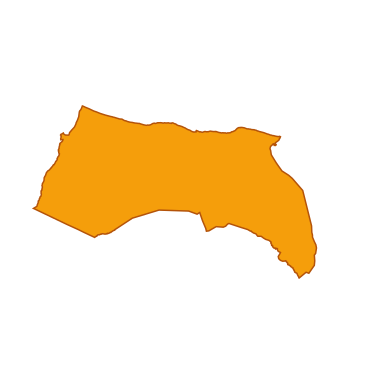 the district of Ningo/prampram, Greater Accra, Ghana, rotated 209°
{"feature_id": "2480657B81968156308620", "entity_name": "Ningo/prampram", "entity_type": "district", "adm_level": 2, "iso_a3": "GHA", "parent_name": "Ghana", "parent_adm1": "Greater Accra", "projection": "robinson", "projection_center": [0.183, 5.814], "detail": "fine", "context": "isolated", "style": "filled", "palette": "amber", "viewbox_px": 384, "rotation_deg": 209, "n_neighbors": 0, "source": "geoboundaries", "source_scale": "gbopen_adm2", "svg_char_len": 6009}
<svg xmlns="http://www.w3.org/2000/svg" viewBox="0 0 384 384"><g transform="rotate(209 192 192)"><path d="M56.6,168.7L53.3,177.1L50.4,177.6L49.5,186.6L49.4,187.0L51.2,191.2L54.4,196.1L54.1,198.2L56.0,203.4L58.1,205.9L60.8,207.8L64.7,210.9L65.8,212.8L67.6,214.7L71.0,220.3L95.9,247.0L110.9,252.5L115.6,253.5L120.4,253.8L123.5,254.0L129.8,257.0L132.8,258.5L139.7,262.4L140.5,262.9L141.1,263.5L143.5,266.6L144.2,267.1L144.8,267.7L145.3,269.5L145.3,270.2L144.6,272.2L144.5,272.6L144.5,273.1L144.2,273.5L144.0,273.3L143.4,273.2L142.8,273.4L142.5,273.4L142.2,273.2L142.3,272.8L141.6,273.1L141.3,273.8L141.3,274.0L141.4,274.3L141.6,274.4L142.4,274.3L142.7,274.2L143.0,274.3L143.0,274.9L142.8,275.8L141.7,278.1L141.2,279.3L141.2,279.6L141.2,279.8L141.3,280.6L141.4,280.8L141.2,281.2L141.4,283.2L142.3,283.2L142.9,282.6L143.6,282.2L145.5,281.5L148.1,280.8L148.9,280.4L150.1,280.2L151.2,279.8L153.1,279.6L154.0,279.3L158.0,278.7L162.2,277.6L164.0,277.3L164.4,277.1L165.9,277.1L167.3,276.6L167.9,276.6L168.8,276.1L170.5,275.4L171.6,275.2L172.3,274.8L172.9,274.7L174.5,273.9L177.3,273.5L179.3,272.8L180.2,272.4L180.5,272.0L180.8,272.0L180.9,271.8L181.2,271.7L181.4,271.5L182.1,271.2L182.8,270.4L183.3,269.5L183.6,268.5L183.9,267.3L184.0,267.0L184.3,266.2L184.8,265.8L185.1,265.2L185.5,264.7L186.2,264.1L186.7,263.6L186.7,263.3L186.9,262.9L187.4,262.3L188.5,261.5L189.5,261.0L190.0,260.4L190.3,260.1L191.4,259.9L191.9,259.7L192.7,259.1L193.5,258.9L194.3,258.4L194.7,258.0L195.3,257.8L195.8,257.7L196.3,257.5L196.7,257.4L197.0,257.2L198.8,256.8L199.9,256.7L200.3,256.3L200.9,256.3L202.0,255.5L202.7,255.2L204.4,254.5L205.2,254.3L206.1,253.6L207.2,252.4L208.0,252.1L208.6,251.6L209.6,251.4L210.4,250.9L210.8,250.4L211.8,249.3L212.1,249.1L213.2,248.9L213.9,248.7L214.3,248.3L214.6,248.3L217.7,248.0L218.0,247.9L218.0,247.6L217.9,247.6L217.5,246.7L219.3,245.4L220.3,245.1L221.3,244.9L222.5,244.9L223.8,245.0L225.9,244.6L228.0,244.6L229.0,244.7L230.4,244.5L232.5,244.4L233.8,244.1L234.5,244.0L236.5,243.4L238.1,243.4L239.1,243.6L240.7,243.2L241.8,243.2L242.1,243.2L243.1,242.7L243.2,242.1L243.7,241.8L244.5,241.7L244.8,241.4L246.3,241.0L247.4,240.2L248.5,239.6L249.8,239.1L250.5,238.3L251.9,237.9L253.3,237.3L253.7,237.0L255.6,235.9L257.1,234.3L257.6,234.1L257.8,234.0L258.2,234.0L259.1,233.3L259.9,232.4L260.1,231.8L260.8,230.8L262.0,229.6L262.3,229.4L263.1,229.2L263.9,228.4L264.4,228.1L266.6,227.4L270.2,226.6L271.5,226.4L272.3,225.9L273.9,225.3L275.2,224.7L276.8,224.2L277.9,223.9L279.1,223.4L280.1,223.0L282.9,222.3L283.8,222.3L285.5,221.8L286.4,221.7L288.4,221.8L288.8,221.7L290.4,220.9L291.7,220.5L292.3,220.5L292.8,220.3L295.8,219.7L297.9,219.1L298.4,219.1L299.4,218.7L304.9,217.3L310.4,216.2L314.5,215.7L317.2,215.2L322.4,214.9L326.5,214.4L328.5,214.3L329.6,214.1L329.2,211.3L329.2,209.4L329.4,209.1L329.5,208.6L329.5,208.3L329.4,207.5L327.6,203.0L327.0,199.2L326.9,196.6L326.5,195.1L326.4,193.7L326.3,191.9L326.4,191.3L327.4,187.2L327.5,186.0L327.9,184.8L327.4,182.8L327.4,182.1L327.5,181.9L330.4,180.4L332.6,180.6L333.1,181.2L333.4,180.8L334.1,179.5L334.6,178.9L334.6,178.1L333.9,177.9L333.6,177.2L333.4,177.2L333.1,176.6L332.6,174.7L332.0,174.1L331.8,174.4L330.3,175.3L330.0,174.2L330.0,173.7L330.3,172.5L331.1,170.4L331.0,170.2L330.7,169.9L330.7,169.6L330.6,169.4L330.7,169.2L330.4,168.7L329.9,166.6L329.6,166.2L329.4,165.9L329.4,165.1L329.3,164.1L328.8,163.9L328.8,163.3L328.8,163.1L328.1,162.7L327.8,162.1L327.4,161.5L326.7,161.3L326.4,161.1L326.3,160.3L326.3,159.8L326.1,159.6L326.0,159.2L326.0,158.9L326.3,157.8L326.2,157.0L326.2,156.2L326.0,155.9L326.1,155.7L325.7,155.3L325.6,155.0L325.8,152.9L326.0,152.7L325.8,150.9L325.9,149.0L326.0,148.7L326.4,148.6L326.5,146.4L326.7,146.1L326.9,145.0L326.8,144.6L327.1,144.3L327.3,142.6L327.4,142.2L328.3,140.6L328.7,138.4L328.1,135.1L328.3,134.3L328.2,133.5L328.1,133.2L328.2,132.8L327.0,130.4L326.8,128.4L326.9,126.8L326.4,125.6L326.4,125.2L326.2,124.7L325.8,124.4L325.3,123.9L325.2,123.4L324.9,123.0L324.7,121.8L324.5,121.4L324.3,121.2L324.2,121.1L324.5,120.1L324.2,119.6L324.2,119.1L323.6,118.3L323.4,117.7L322.8,117.3L322.5,116.6L322.1,115.1L322.5,113.9L322.2,113.2L322.2,112.9L322.1,112.7L322.2,112.4L322.2,112.0L321.9,111.3L321.8,110.8L321.8,110.4L322.1,109.5L322.0,109.3L321.7,109.0L321.3,107.8L321.1,105.6L320.8,104.9L320.8,104.4L320.8,104.1L322.7,100.8L286.0,103.0L273.3,104.0L267.0,104.3L255.1,105.1L254.7,106.3L254.1,106.9L253.9,107.2L254.0,107.6L253.8,107.7L253.7,108.6L252.9,109.4L252.4,109.5L252.2,109.8L251.7,110.6L251.3,110.7L251.0,111.3L250.6,111.4L250.4,111.8L249.9,112.2L247.9,112.9L247.1,113.4L246.6,113.9L246.3,114.4L246.0,114.2L245.9,114.3L245.9,114.8L245.6,114.8L245.4,115.0L245.2,115.1L244.6,115.7L244.5,116.0L244.4,116.2L244.3,116.5L243.9,117.0L243.8,116.9L243.4,117.2L243.2,117.9L242.2,119.9L241.1,121.2L241.3,121.5L231.5,140.2L212.1,160.2L185.7,173.7L176.8,175.1L175.3,177.8L168.9,172.0L162.3,166.8L160.4,164.7L158.4,166.2L154.1,173.4L147.6,176.4L146.0,178.4L145.3,181.2L144.4,182.4L132.8,184.6L125.0,186.2L122.0,186.1L121.4,186.5L120.2,186.1L118.2,186.0L115.8,186.4L113.2,185.2L112.7,185.4L111.6,186.0L111.2,186.1L110.1,186.8L107.1,186.4L104.6,186.3L101.3,187.0L99.1,186.7L98.6,186.5L98.4,186.3L98.4,185.7L98.1,185.4L97.2,185.0L97.0,184.7L96.8,184.3L96.5,184.0L96.2,184.2L95.9,184.0L95.5,184.1L95.0,183.3L94.6,183.1L94.3,183.1L94.0,182.9L93.0,182.7L92.5,183.0L92.4,183.2L92.1,183.3L91.8,183.0L91.4,182.7L91.3,183.0L91.3,183.3L91.2,183.3L90.9,183.2L90.2,183.3L90.4,183.7L90.4,183.8L89.8,183.8L89.6,183.1L87.8,181.9L85.3,182.0L85.2,180.4L85.3,177.4L83.8,175.7L81.6,175.1L79.2,175.4L77.5,176.5L76.7,177.3L76.0,176.8L75.6,177.0L74.8,176.4L74.6,176.3L74.3,176.4L74.0,176.2L73.6,176.1L73.5,175.5L73.1,175.0L72.7,174.9L71.7,175.2L71.0,175.0L69.9,175.1L69.6,174.7L69.0,174.6L67.9,174.6L67.4,174.3L66.8,174.5L66.2,173.8L65.6,173.6L65.0,173.0L64.6,173.0L63.8,172.2L63.2,171.7L62.7,171.8L62.3,171.6L61.6,171.8L60.6,171.7L59.9,170.9L58.9,170.3L58.6,170.0L57.9,169.8L56.8,168.7L56.6,168.7Z" fill="#f59e0b" stroke="#b45309" stroke-width="1.5"/></g></svg>